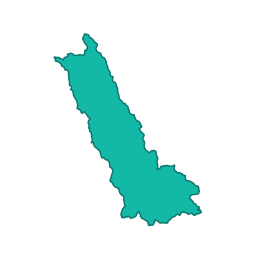 Thung Hua Chang, Lamphun, Thailand (Robinson projection), rotated 344°
{"feature_id": "78962969B85097268198325", "entity_name": "Thung Hua Chang", "entity_type": "district", "adm_level": 2, "iso_a3": "THA", "parent_name": "Thailand", "parent_adm1": "Lamphun", "projection": "robinson", "projection_center": [99.068, 18.004], "detail": "fine", "context": "isolated", "style": "filled", "palette": "teal", "viewbox_px": 256, "rotation_deg": 344, "n_neighbors": 0, "source": "geoboundaries", "source_scale": "gbopen_adm2", "svg_char_len": 5831}
<svg xmlns="http://www.w3.org/2000/svg" viewBox="0 0 256 256"><g transform="rotate(344 128 128)"><path d="M76.7,43.3L77.1,43.9L79.0,44.9L79.6,45.5L80.5,46.8L81.3,48.1L81.5,50.5L82.6,51.1L83.0,51.6L83.3,52.1L83.7,55.1L84.1,55.3L85.2,55.3L85.5,55.4L85.9,55.8L86.1,57.2L85.9,59.6L85.4,60.3L85.5,62.1L84.5,65.1L84.6,66.3L84.4,67.9L83.7,70.1L83.7,70.8L83.8,71.2L84.5,71.8L84.9,72.6L85.0,73.3L84.9,73.8L83.8,74.6L83.5,75.1L83.9,75.7L84.8,76.5L85.0,76.9L85.1,78.5L84.7,81.4L84.8,82.5L85.3,83.8L85.3,85.0L86.0,86.6L86.2,87.9L86.0,92.2L85.4,93.5L84.7,94.5L84.5,95.0L84.5,95.3L87.0,97.5L87.3,98.5L87.4,100.8L88.6,101.2L89.0,101.1L89.6,100.7L90.6,100.5L91.1,100.6L91.2,101.7L92.2,104.4L92.8,106.7L93.1,107.2L94.3,107.9L94.0,108.9L92.3,109.9L91.6,110.9L91.2,111.9L91.1,112.5L91.4,115.1L91.0,116.1L90.5,116.4L90.2,117.0L90.3,117.3L90.9,117.8L90.9,118.4L90.3,119.9L90.3,120.4L91.1,122.2L91.2,124.0L91.1,124.9L90.7,125.7L90.5,126.6L90.6,128.9L90.0,130.7L89.6,131.1L88.6,131.9L88.6,132.0L90.5,132.4L90.8,132.7L90.8,133.3L90.4,134.1L90.6,135.6L90.8,136.4L91.3,137.5L92.7,139.4L94.6,142.6L94.6,143.2L94.5,145.2L94.6,146.2L94.4,147.8L94.7,149.1L95.4,149.9L96.7,150.0L97.2,151.3L98.0,152.5L99.4,152.9L99.8,153.5L100.1,154.2L100.1,155.0L100.6,155.7L100.3,158.1L99.9,159.5L99.9,160.5L100.8,161.6L101.7,163.3L101.7,165.5L99.4,168.6L97.2,172.2L96.5,173.0L96.3,173.7L96.3,174.2L96.4,174.7L97.5,175.9L97.9,176.9L98.3,179.1L99.1,180.8L101.5,182.9L102.3,184.2L102.2,186.5L102.3,188.3L103.1,190.1L103.5,190.8L104.9,192.3L105.0,193.5L104.9,194.2L103.9,195.7L104.1,196.9L103.7,199.0L103.6,201.0L103.9,201.7L103.8,202.3L102.6,202.9L100.4,204.5L98.7,206.9L97.7,208.7L97.6,209.6L97.3,209.7L97.6,210.3L97.5,210.8L97.7,211.0L97.7,211.5L97.4,212.0L98.1,212.1L98.3,212.6L98.5,212.3L98.7,212.7L99.1,212.8L100.0,213.3L101.4,212.9L102.8,213.1L103.2,213.3L103.5,213.1L104.0,213.2L104.6,213.5L105.2,214.2L105.4,215.2L105.6,215.5L106.7,215.3L108.8,215.7L110.3,215.2L111.5,214.6L112.7,213.4L113.3,212.5L115.5,211.3L115.4,212.3L116.1,214.8L116.0,215.5L115.6,216.2L116.0,217.0L116.2,218.4L118.1,220.0L121.3,223.7L121.4,224.2L121.0,225.3L120.9,226.5L121.2,227.3L121.7,227.7L123.2,227.6L124.7,228.1L125.7,227.9L126.2,227.1L127.7,225.8L128.4,224.2L128.9,223.9L130.6,225.2L131.1,225.8L131.3,226.5L131.9,227.0L132.7,228.4L134.8,228.3L135.8,229.1L137.1,229.1L138.4,230.0L139.6,230.1L140.2,229.9L140.9,228.6L143.4,227.6L145.6,226.1L147.3,225.9L148.3,226.0L150.5,224.8L151.6,224.5L152.7,225.0L153.0,225.4L153.3,226.1L153.6,226.3L155.8,224.3L157.1,223.6L157.9,224.2L160.8,225.5L161.8,227.1L162.5,227.7L164.3,227.4L165.8,227.6L166.1,227.8L166.6,229.1L167.9,230.4L168.3,230.4L170.3,229.5L170.8,229.5L171.7,230.0L174.9,229.4L175.1,229.1L175.1,228.3L175.1,227.6L174.9,226.9L173.2,226.7L172.5,226.3L172.4,225.9L172.5,225.4L173.7,225.4L174.1,225.2L174.4,224.4L174.5,223.3L173.2,222.4L172.6,221.9L172.0,219.7L171.8,219.5L171.4,219.1L170.5,218.7L170.3,218.5L170.2,216.8L169.3,215.2L168.6,213.6L168.1,212.9L168.0,212.0L168.6,211.0L169.3,210.4L170.8,209.9L172.3,209.8L173.9,210.4L175.1,210.3L176.7,210.6L177.6,210.5L177.9,210.3L178.6,208.9L179.1,208.6L179.1,208.3L179.1,206.6L179.5,204.9L179.0,202.9L178.0,202.8L177.2,202.3L175.3,198.7L174.0,197.2L172.6,196.1L169.5,194.4L169.3,193.6L169.4,190.5L169.5,190.2L170.0,189.9L170.0,189.6L167.9,188.4L167.4,186.8L166.6,186.6L165.7,185.5L164.8,185.1L163.7,185.0L163.2,184.7L162.3,183.0L161.3,181.8L161.1,180.7L161.2,179.4L162.3,177.4L162.4,177.1L162.4,176.6L161.7,176.5L159.8,176.9L159.1,176.9L156.2,175.4L155.7,174.9L153.9,174.9L152.7,174.1L152.4,174.1L151.8,174.7L151.4,174.7L150.3,174.0L149.5,174.0L148.7,174.4L147.8,175.5L147.3,175.8L146.8,175.8L146.0,175.5L145.4,175.7L144.8,175.3L145.5,174.4L146.0,173.1L146.3,171.7L146.4,169.4L146.8,167.6L148.0,166.2L148.2,165.5L148.2,164.0L147.8,161.5L147.9,160.4L148.3,159.2L148.3,158.2L148.1,157.9L147.1,156.9L144.9,156.5L143.8,156.5L142.5,157.5L141.7,157.4L140.4,156.1L138.8,153.6L138.3,150.7L138.4,150.2L138.5,149.6L139.4,148.0L139.9,146.7L139.7,144.3L139.1,143.4L139.0,143.1L140.0,141.1L141.2,140.0L141.6,138.7L140.8,137.2L140.1,136.4L138.9,133.8L138.7,132.2L138.9,131.4L140.0,131.3L140.7,130.8L141.5,130.7L141.5,129.5L141.1,128.2L141.0,127.2L140.5,124.9L139.1,123.9L137.8,122.4L137.6,120.0L137.1,119.0L137.2,118.7L137.6,118.0L137.6,117.3L136.7,116.6L136.0,116.7L135.7,116.6L134.3,114.9L133.5,113.4L133.5,112.8L134.0,111.4L133.5,110.1L133.8,108.1L133.7,107.4L132.8,105.8L132.0,104.9L132.1,104.2L131.9,103.7L131.0,103.5L129.9,102.5L129.9,101.7L129.1,99.8L128.3,98.4L127.7,98.1L127.5,96.4L128.0,96.0L128.0,94.9L128.2,94.2L128.1,92.1L127.9,91.2L128.2,90.5L128.1,89.2L128.6,88.5L128.9,86.7L128.5,84.7L128.7,83.9L128.5,83.2L128.6,82.4L128.4,81.1L127.9,80.3L126.6,79.8L126.4,79.1L126.5,76.9L127.5,75.1L127.6,74.6L127.1,74.2L126.8,73.7L125.8,73.5L125.6,73.3L125.5,72.3L125.7,71.1L126.0,70.5L126.0,69.2L125.9,68.3L125.3,67.3L125.3,65.9L125.0,64.9L125.1,63.9L125.4,63.2L124.9,61.0L125.3,58.4L125.2,57.2L124.8,55.9L124.6,54.2L123.9,53.8L123.4,53.2L122.7,51.9L122.3,50.9L122.4,49.0L122.2,48.5L119.9,46.9L119.2,45.6L119.0,44.7L119.0,43.3L119.2,42.3L120.6,40.9L121.5,39.8L121.4,38.5L121.2,38.0L120.5,37.3L119.9,36.2L119.3,35.6L118.5,33.0L117.7,32.1L117.2,31.1L116.2,30.4L115.6,27.5L114.1,26.6L113.6,26.5L112.6,25.6L111.7,26.2L111.2,27.2L110.5,27.7L109.6,28.8L109.3,29.5L109.1,30.2L109.9,34.4L110.4,36.0L111.3,37.5L111.5,38.1L111.5,38.6L109.9,41.2L109.4,41.6L108.1,41.6L107.8,41.7L107.0,44.2L106.5,44.8L105.9,45.3L105.1,45.5L104.3,45.4L103.1,45.0L101.5,44.1L99.6,44.4L98.2,43.9L96.7,43.6L96.1,43.0L95.4,41.7L94.5,40.9L93.2,40.3L91.6,40.5L90.3,40.5L90.5,40.8L90.3,41.4L89.8,42.0L89.2,42.6L88.4,42.8L87.1,42.7L86.2,42.9L85.7,43.2L84.8,44.6L84.4,44.6L83.7,44.2L82.9,43.1L80.9,41.2L78.4,40.3L77.3,39.6L76.8,39.6L76.5,39.9L76.5,40.3L77.3,41.8L77.1,42.7L76.7,43.3Z" fill="#14b8a6" stroke="#0f766e" stroke-width="1.5"/></g></svg>